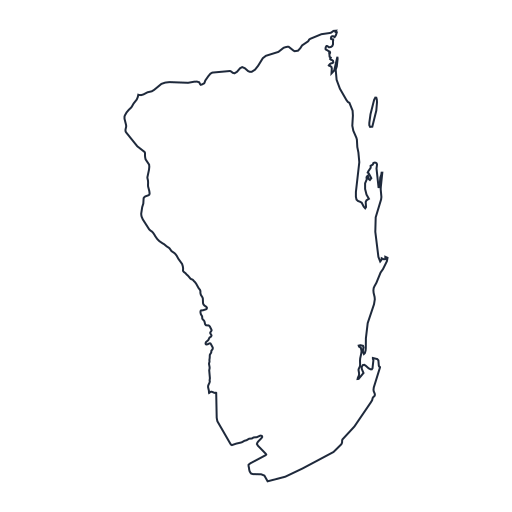 Inhambane, Albers equal-area conic projection
{"feature_id": "MOZ-1925", "entity_name": "Inhambane", "entity_type": "Province", "adm_level": 1, "iso_a3": "MOZ", "parent_name": "Mozambique", "parent_adm1": "", "projection": "albers", "projection_center": [34.454, -22.902], "detail": "fine", "context": "isolated", "style": "outline", "palette": "slate", "viewbox_px": 512, "rotation_deg": 0, "n_neighbors": 0, "source": "natural_earth", "source_scale": "10m", "svg_char_len": 6007}
<svg xmlns="http://www.w3.org/2000/svg" viewBox="0 0 512 512"><path d="M336.0,30.7L335.5,31.5L335.5,32.0L336.8,32.3L336.0,34.9L335.4,36.0L334.6,37.1L333.4,36.3L332.2,36.2L331.3,36.8L330.9,38.2L331.2,39.1L333.1,39.4L333.2,40.1L333.0,41.0L333.0,44.3L332.3,46.0L330.9,47.0L329.0,47.3L327.4,46.1L326.5,46.0L325.7,47.3L325.5,49.0L326.2,49.8L327.2,50.2L328.8,51.3L329.6,51.5L330.0,52.1L330.1,52.7L329.9,53.3L329.6,53.8L329.3,53.7L329.5,55.0L329.5,56.1L329.7,56.9L330.8,57.7L330.1,59.0L330.9,59.7L332.1,60.1L333.0,60.8L333.3,62.4L332.5,63.1L331.2,63.3L330.0,64.0L328.8,65.4L329.2,65.8L330.4,66.1L331.5,67.1L331.8,68.5L331.5,73.4L334.2,70.5L337.4,56.8L337.6,58.9L336.8,66.3L335.7,69.7L336.6,79.8L339.9,88.7L346.4,100.0L347.9,102.0L349.4,102.8L352.6,110.7L352.9,115.6L352.3,125.7L353.3,130.7L356.4,137.8L356.9,139.7L357.3,147.0L358.4,152.5L359.3,162.2L355.9,191.9L355.9,196.8L356.5,199.6L358.0,201.0L359.9,201.7L361.7,202.7L363.7,206.6L365.2,208.3L366.0,207.1L365.7,202.0L366.5,200.3L368.9,198.8L366.5,194.6L365.1,189.0L365.1,183.3L366.9,179.0L366.5,178.0L366.6,177.1L367.0,176.4L367.7,175.8L368.9,179.2L369.9,180.0L371.3,178.2L368.7,173.3L367.7,172.6L368.3,171.3L370.6,167.9L370.7,167.3L370.6,165.8L372.6,164.7L372.9,164.4L373.4,163.0L374.5,162.6L375.7,162.7L376.5,163.2L377.0,164.3L376.9,165.6L376.5,168.4L378.6,187.9L379.4,185.9L379.8,183.9L380.3,177.5L381.3,174.7L381.6,172.7L382.3,172.7L380.8,187.0L380.7,189.3L381.4,197.0L381.1,199.4L375.7,217.3L375.3,231.8L378.4,256.9L380.2,261.5L381.3,260.1L381.6,259.4L381.7,258.3L383.5,259.2L385.3,259.2L386.1,258.6L385.3,257.5L385.3,256.8L387.5,257.8L386.9,261.2L383.0,269.1L380.6,272.5L376.4,282.8L374.5,286.2L373.7,288.0L373.4,290.4L373.6,292.8L374.6,297.0L374.8,299.4L374.0,304.3L367.7,323.1L365.9,338.2L365.8,348.1L365.6,350.4L364.9,353.0L363.9,354.0L362.9,351.6L363.0,349.4L363.5,347.4L363.0,345.8L360.4,345.2L358.7,345.6L359.0,346.6L360.2,347.4L360.8,347.7L361.4,350.4L361.5,351.6L361.2,353.8L360.2,358.3L360.0,360.7L360.1,364.5L360.0,366.0L359.6,367.1L358.8,368.7L358.5,369.9L359.0,372.8L359.1,374.2L358.9,375.5L357.9,377.7L357.6,379.0L358.6,378.9L363.5,373.0L361.8,369.0L361.7,366.9L362.8,365.1L364.3,364.8L365.8,365.8L368.6,368.3L370.6,369.3L371.8,369.3L372.5,368.3L373.4,360.2L372.9,358.9L372.9,358.0L377.3,359.1L378.4,360.4L378.8,365.6L379.1,366.5L379.8,366.8L380.0,367.4L373.8,387.4L373.5,389.7L373.7,391.2L374.7,393.6L374.9,394.9L374.5,396.0L373.0,397.4L372.7,398.0L372.1,400.3L370.8,402.4L354.4,426.5L342.4,439.5L342.1,440.7L342.1,442.2L341.8,443.3L341.3,444.3L333.5,452.0L302.5,468.5L285.3,476.7L267.6,481.3L264.4,475.6L261.2,474.3L253.0,474.1L251.2,473.6L250.3,472.5L249.6,471.2L249.2,469.6L249.0,468.0L248.6,466.2L248.5,464.9L249.4,464.0L250.7,463.1L265.6,455.2L266.2,454.6L265.8,453.8L257.9,445.7L256.9,444.0L257.4,442.6L258.2,441.5L261.4,438.2L262.2,437.0L262.1,436.4L261.8,435.9L260.7,435.6L260.1,435.7L256.8,437.2L254.0,437.4L253.3,437.6L251.9,438.5L249.2,438.7L248.6,439.0L246.6,440.2L244.4,440.8L242.0,442.2L240.7,442.6L236.3,443.6L231.9,445.1L231.2,444.8L230.4,443.8L217.4,421.3L217.0,419.5L216.7,417.7L216.2,392.9L215.9,392.7L214.9,392.9L214.3,392.8L212.7,392.1L211.5,391.7L210.8,391.8L210.1,392.1L209.3,392.9L209.1,393.0L209.0,392.6L208.9,390.7L208.1,387.3L208.1,386.0L208.5,384.8L209.5,382.7L209.8,381.5L209.6,380.3L209.9,378.2L209.2,370.3L209.6,368.3L209.6,367.2L209.2,365.0L209.0,363.9L209.1,363.1L209.5,361.8L209.4,359.9L209.7,357.9L209.8,355.0L210.0,354.5L211.2,352.6L211.4,350.7L212.5,349.3L212.7,348.7L212.8,347.9L212.5,347.1L210.9,344.1L210.5,343.5L210.0,343.3L209.4,343.4L207.8,344.2L206.6,344.5L205.9,344.3L205.6,343.8L205.6,343.1L206.0,342.1L208.2,340.2L208.5,339.7L209.5,337.6L211.0,336.6L211.3,336.1L211.5,335.3L210.5,333.7L210.2,333.0L210.3,332.4L211.3,331.0L211.6,330.2L211.3,329.4L209.9,326.6L209.2,325.8L208.5,325.4L207.1,325.4L205.9,325.2L205.1,324.2L204.5,321.6L204.1,320.8L203.6,320.2L202.6,319.2L202.3,318.6L202.1,316.3L200.9,314.3L200.5,312.7L200.5,311.3L200.7,310.8L201.1,310.4L202.9,310.3L206.0,309.3L206.5,309.0L206.8,308.5L206.9,307.7L206.3,306.8L204.5,305.6L203.6,304.6L203.2,303.8L203.0,303.0L202.9,299.8L202.8,298.3L202.4,297.3L200.9,294.9L200.6,293.9L200.4,292.9L200.4,291.1L200.0,289.9L198.6,288.1L196.1,283.6L194.8,281.9L194.2,281.4L193.0,280.0L192.5,279.6L191.1,279.1L190.3,278.5L189.1,277.0L187.9,275.6L186.6,274.5L185.5,273.2L183.9,272.0L183.2,271.2L183.0,270.5L183.1,268.4L182.8,266.3L182.1,264.0L178.3,258.7L176.6,255.6L175.2,253.8L174.3,253.0L171.5,251.1L169.5,248.3L168.6,247.6L166.7,246.4L164.1,244.2L162.5,243.3L159.3,241.1L157.3,239.1L155.3,236.3L154.4,234.7L153.1,232.8L152.0,231.6L150.5,230.6L149.2,229.4L142.8,219.4L141.6,216.6L141.3,215.1L141.2,213.7L142.2,207.1L143.3,203.6L143.6,198.6L143.7,198.0L144.4,197.1L145.3,196.4L148.4,195.3L148.9,195.0L149.3,194.6L149.5,194.0L149.6,193.3L149.3,191.1L148.1,186.5L148.0,185.0L148.1,182.9L148.0,180.7L147.4,177.9L147.4,177.2L149.0,169.7L149.3,166.8L149.1,164.6L145.6,159.4L145.2,157.6L145.0,155.9L145.0,153.0L144.6,152.0L137.3,146.3L126.2,132.5L125.7,131.7L125.5,130.9L125.5,129.5L126.1,127.0L126.2,126.0L126.0,124.7L124.5,118.7L124.5,116.6L124.9,115.4L126.6,112.4L128.8,109.8L131.2,107.5L131.9,106.5L133.6,103.5L136.7,99.6L137.7,97.3L138.3,94.8L138.7,95.0L141.2,95.1L143.5,94.4L147.5,92.3L151.8,91.3L154.1,89.9L161.4,83.9L165.2,82.6L169.5,82.1L188.1,82.8L194.2,81.7L196.9,81.6L199.2,82.3L200.1,84.1L200.7,84.8L201.9,84.5L204.2,83.3L204.6,82.5L205.3,80.5L208.3,76.2L210.4,73.7L212.3,72.6L230.0,71.0L231.3,71.6L232.7,72.8L234.5,73.3L237.0,71.8L240.1,68.2L242.2,67.1L244.8,68.2L248.1,71.1L249.8,71.8L251.7,71.8L255.0,69.7L258.1,65.8L262.8,58.2L265.9,55.8L278.4,51.9L283.6,47.8L285.4,47.2L287.8,46.7L288.7,46.8L293.5,50.6L294.6,51.2L298.0,50.7L300.3,48.2L302.1,45.4L308.0,41.4L308.7,40.5L309.1,39.6L310.3,38.8L321.4,34.2L329.8,33.0L331.2,32.6L333.5,30.9L336.0,30.7ZM374.1,99.9L375.3,97.6L376.3,97.7L376.8,99.5L377.0,102.2L376.3,110.6L372.3,126.7L370.1,126.9L369.3,125.2L369.3,122.9L370.5,114.2L374.1,99.9Z" fill="none" stroke="#1e293b" stroke-width="2"/></svg>